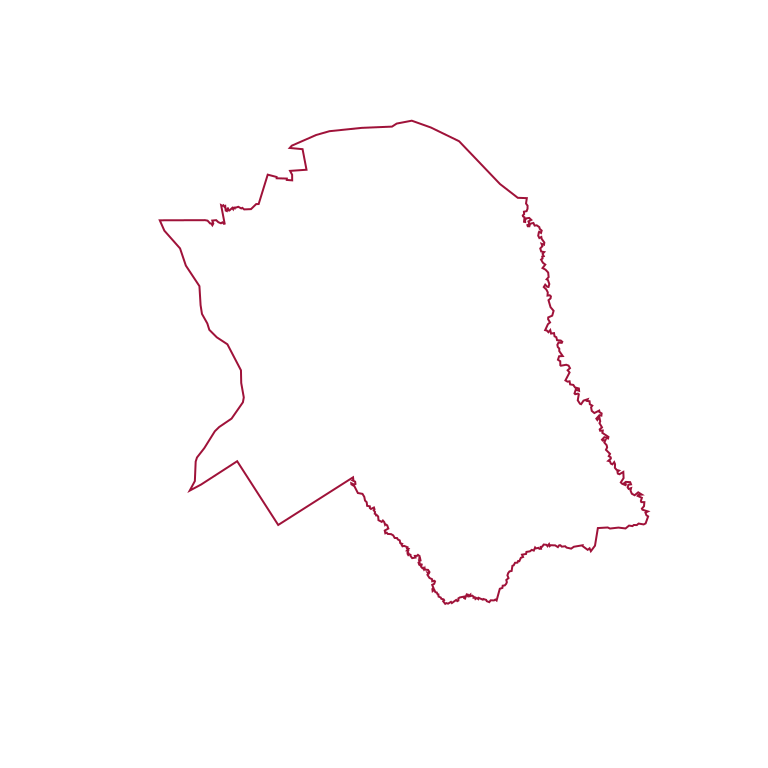 the district of Gualeguaychú, Entre Ríos, Argentina, rotated 147°
{"feature_id": "61730980B45570002459681", "entity_name": "Gualeguaychú", "entity_type": "district", "adm_level": 2, "iso_a3": "ARG", "parent_name": "Argentina", "parent_adm1": "Entre Ríos", "projection": "equal_earth", "projection_center": [-58.719, -32.998], "detail": "fine", "context": "isolated", "style": "outline", "palette": "rose", "viewbox_px": 768, "rotation_deg": 147, "n_neighbors": 0, "source": "geoboundaries", "source_scale": "gbopen_adm2", "svg_char_len": 6166}
<svg xmlns="http://www.w3.org/2000/svg" viewBox="0 0 768 768"><g transform="rotate(147 384 384)"><path d="M482.9,643.4L484.7,632.2L481.2,608.8L485.7,591.2L485.5,566.6L494.9,550.0L498.5,541.9L499.2,531.0L501.0,524.6L498.8,514.2L493.7,502.6L496.5,473.4L503.2,462.6L508.9,449.1L512.3,445.5L530.7,438.0L545.6,437.7L551.6,436.5L569.6,428.1L580.9,424.2L584.2,421.5L595.5,405.6L605.0,400.4L592.2,399.3L549.2,399.2L549.5,323.4L460.8,322.6L461.9,320.3L462.9,320.3L461.4,317.8L462.4,315.7L463.9,316.0L465.5,318.6L466.0,317.6L464.5,314.4L465.3,306.8L461.9,303.6L462.0,300.1L463.4,296.6L462.9,294.3L464.5,291.0L462.5,289.1L463.4,287.7L463.0,286.3L459.7,285.9L460.2,284.1L461.4,283.7L461.2,281.6L462.4,280.3L461.8,279.1L462.2,278.1L461.3,277.6L461.1,276.0L462.8,272.8L461.0,269.6L459.3,270.1L459.0,268.0L459.8,265.3L459.1,265.5L458.3,263.7L459.1,260.4L463.2,260.7L464.2,258.1L462.7,257.9L462.5,256.2L459.8,254.2L458.7,252.0L458.9,249.1L456.9,247.6L457.1,246.2L456.0,244.2L457.0,241.8L455.9,240.1L456.8,239.8L456.9,237.8L455.3,237.3L453.2,234.3L454.2,233.6L453.2,232.4L455.4,231.8L454.5,231.0L455.9,230.0L455.5,228.2L456.2,229.3L456.7,228.8L456.8,227.3L455.5,227.4L454.8,226.3L455.4,225.3L455.2,222.6L452.1,221.3L451.7,223.0L449.9,221.9L448.6,222.2L447.9,220.3L449.1,218.8L448.5,218.6L449.4,216.3L450.6,217.0L451.1,215.3L452.3,215.4L452.9,213.3L452.3,212.0L451.4,212.9L450.7,212.1L452.4,210.5L452.1,208.6L451.3,208.5L451.5,206.7L450.3,207.3L450.8,206.1L448.3,204.1L448.3,201.5L449.4,200.8L450.2,201.9L450.3,200.6L451.5,200.3L451.5,196.6L450.0,194.1L451.0,192.3L449.0,191.6L448.7,190.7L450.7,189.1L453.0,189.3L453.6,186.1L455.1,185.7L456.0,183.8L453.9,184.0L454.3,181.4L453.3,180.4L453.6,178.4L453.0,177.9L454.0,176.0L452.7,174.0L452.9,172.6L451.3,170.9L451.3,169.9L452.7,169.6L452.4,166.3L451.1,166.3L449.9,164.9L446.5,164.8L446.4,163.3L441.1,163.6L440.8,162.0L439.5,161.9L438.4,163.7L436.7,163.7L432.4,162.0L433.4,160.9L432.9,159.9L429.5,162.3L429.2,160.5L428.3,161.3L428.0,160.1L426.4,160.3L427.2,159.1L425.3,158.5L424.7,157.0L425.3,156.0L424.0,155.6L424.4,153.9L422.7,154.0L422.1,152.3L421.1,153.1L418.6,149.3L417.8,149.6L415.9,147.3L416.1,145.9L414.5,143.7L412.4,144.5L409.6,142.6L408.0,142.6L407.5,141.1L398.4,149.2L395.8,148.5L394.3,150.2L392.4,149.3L390.3,149.9L388.9,150.9L388.2,153.0L385.3,153.4L384.7,156.3L382.8,157.8L380.8,158.5L378.8,157.7L375.3,161.6L374.0,161.3L371.5,162.7L369.4,161.5L367.9,162.5L367.0,161.7L363.9,163.7L361.6,163.2L361.2,165.7L357.4,164.1L356.0,165.6L352.8,164.2L350.4,164.4L349.1,162.7L346.3,164.6L346.1,163.4L343.6,162.4L343.5,161.2L342.0,160.3L341.2,162.0L340.0,161.4L337.5,162.4L335.3,160.6L335.2,158.9L332.8,159.8L333.3,157.8L332.0,158.0L328.3,155.4L327.0,152.5L324.9,153.3L323.9,152.7L323.5,150.8L320.4,149.2L320.0,147.4L316.7,144.0L313.4,144.1L305.3,140.6L305.8,140.1L303.5,134.0L301.1,134.2L301.6,131.1L295.1,133.5L283.1,146.7L274.5,141.8L273.2,139.7L265.6,135.9L260.1,131.3L255.6,131.8L253.0,129.5L251.3,129.7L248.8,128.0L246.5,128.3L242.7,124.8L240.5,124.6L234.6,129.1L235.4,131.0L234.8,133.7L232.1,133.4L235.7,137.8L235.6,139.0L232.5,139.9L230.0,143.1L232.5,144.8L232.3,146.0L229.7,148.1L232.2,152.0L231.1,152.4L228.0,150.8L229.8,154.7L234.4,154.2L235.9,157.0L235.3,160.4L233.5,162.1L235.9,162.7L236.0,164.5L233.9,166.4L231.5,165.3L231.0,167.6L234.5,170.2L236.8,170.0L235.7,168.2L236.5,167.6L238.6,170.6L239.0,172.5L234.3,174.6L231.2,179.9L235.7,180.1L236.7,181.5L236.0,183.3L234.1,183.4L235.7,185.3L236.0,188.0L233.9,190.9L233.5,193.1L236.2,192.2L237.1,193.7L236.6,196.1L237.8,197.4L234.4,197.9L233.8,199.0L234.8,201.1L232.5,202.3L233.7,207.9L231.4,209.3L230.6,211.4L231.1,214.9L228.8,216.4L231.4,217.4L231.5,218.6L228.2,219.4L225.7,216.3L224.6,217.4L227.5,224.1L225.9,225.8L228.2,227.1L227.8,228.5L224.8,228.9L224.6,233.8L223.0,234.9L221.4,239.1L224.7,237.6L224.8,239.3L220.3,240.5L218.9,239.1L217.5,240.8L218.6,243.1L218.0,244.5L223.4,245.1L224.4,248.3L223.0,251.7L221.1,252.4L222.4,254.9L221.0,257.6L223.0,259.3L221.5,260.3L225.7,261.4L229.7,259.7L230.4,260.7L230.4,264.8L226.2,269.3L226.6,270.3L229.2,271.3L229.4,272.3L226.3,274.8L224.1,272.0L223.0,274.1L225.7,277.1L225.7,280.1L228.1,282.3L226.9,285.2L228.8,286.0L229.9,288.2L222.1,292.6L222.5,295.5L219.4,296.0L219.2,298.9L220.7,300.9L225.7,303.0L225.9,303.7L223.8,307.1L224.9,309.6L222.0,311.9L218.9,310.1L219.1,316.1L217.7,318.3L218.1,320.3L217.3,322.4L215.1,323.7L212.5,321.7L211.5,322.3L212.1,324.2L215.0,326.5L214.0,329.4L215.0,331.1L213.7,334.1L216.4,335.3L215.2,338.7L217.9,337.9L218.3,340.1L219.5,341.4L213.9,344.9L211.2,345.2L211.1,348.9L210.0,350.4L205.7,349.7L201.9,353.0L202.5,357.7L200.4,364.7L197.7,365.1L196.3,366.6L196.7,368.2L198.7,369.1L196.7,371.7L196.4,374.9L197.2,378.3L194.7,379.5L194.2,376.7L193.2,375.8L190.9,377.8L189.9,382.0L190.6,383.2L187.7,384.0L185.6,388.1L186.3,392.0L187.9,394.9L183.7,396.3L184.7,399.2L184.5,402.8L182.7,402.9L181.9,404.7L180.4,404.2L180.1,406.8L177.8,407.4L180.0,409.5L179.1,412.6L176.1,413.3L175.5,415.8L173.9,413.7L172.5,415.3L172.7,419.9L172.0,421.6L174.2,421.8L173.9,424.4L171.5,426.9L170.9,427.2L170.0,425.2L168.2,426.8L168.9,429.3L168.3,431.0L169.5,433.9L171.4,434.8L171.0,437.7L174.2,438.8L176.2,437.1L177.5,438.0L177.2,439.2L175.6,438.9L174.7,439.8L174.3,441.7L171.1,441.4L171.8,444.2L174.4,445.4L176.4,444.7L177.4,443.0L178.2,443.8L175.4,447.2L176.1,448.9L175.8,449.8L174.0,450.1L172.8,452.3L170.3,451.3L168.2,452.8L166.5,455.3L166.6,458.0L163.0,462.1L170.4,467.3L177.8,488.5L188.8,546.7L205.0,573.6L217.3,589.7L231.5,595.5L237.1,595.5L263.1,610.9L292.0,625.7L305.3,629.8L331.5,634.1L334.5,633.3L324.4,625.3L332.3,605.9L346.7,613.9L347.1,609.5L350.1,604.8L354.4,608.1L353.6,609.2L362.0,615.0L361.3,616.1L367.5,622.9L391.1,603.2L393.2,604.5L400.3,603.1L406.2,606.6L406.9,608.9L408.1,609.0L409.7,612.0L413.0,612.8L412.8,614.0L413.7,612.7L414.6,614.0L415.4,613.0L415.6,614.3L419.2,613.7L419.9,614.4L418.8,616.9L421.6,614.6L422.3,615.7L420.3,619.6L421.3,619.5L421.3,621.4L422.5,621.4L423.2,622.7L430.3,605.3L431.0,605.5L431.5,607.6L433.2,607.6L434.8,609.9L435.5,612.8L439.0,614.6L439.8,611.5L441.5,610.6L441.5,612.7L442.4,613.4L443.0,617.1L444.9,618.9L482.9,643.4Z" fill="none" stroke="#9f1239" stroke-width="2"/></g></svg>